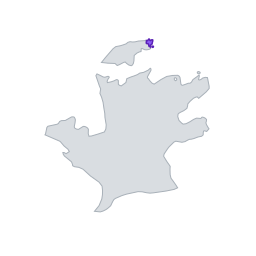 Sadarak District, Şərur, Azerbaijan shown in context, rotated 118°
{"feature_id": "54616110B79964383852369", "entity_name": "Sadarak District", "entity_type": "district", "adm_level": 2, "iso_a3": "AZE", "parent_name": "Azerbaijan", "parent_adm1": "Şərur", "projection": "albers", "projection_center": [44.899, 39.696], "detail": "fine", "context": "in_parent", "style": "filled", "palette": "violet", "viewbox_px": 256, "rotation_deg": 118, "n_neighbors": 0, "source": "geoboundaries", "source_scale": "gbopen_adm2", "svg_char_len": 4055}
<svg xmlns="http://www.w3.org/2000/svg" viewBox="0 0 256 256"><g transform="rotate(118 128 128)"><path d="M173.0,198.1L172.1,198.0L165.5,199.9L164.0,199.5L158.0,192.4L156.8,191.6L154.3,191.4L152.8,190.3L151.6,188.3L150.8,186.9L144.8,183.1L143.9,181.7L143.7,180.5L144.5,179.3L145.5,178.3L148.3,177.2L151.7,176.2L152.7,175.6L153.2,174.5L153.1,172.8L152.5,171.1L147.6,168.3L147.0,167.0L146.8,165.4L147.0,163.7L147.7,162.4L151.6,160.5L153.6,158.6L152.2,156.5L147.8,152.0L142.6,147.0L139.3,147.1L135.5,148.7L129.5,153.3L126.1,155.3L121.8,158.6L117.0,162.1L113.1,165.9L110.7,169.0L106.3,170.5L104.2,173.1L96.9,180.9L94.8,180.8L94.6,177.0L94.6,174.0L94.1,172.3L91.7,169.9L91.6,168.9L92.3,168.3L94.1,168.6L96.5,168.4L97.6,167.5L95.0,164.4L92.7,162.3L90.8,161.0L90.4,160.1L90.4,159.5L90.7,158.8L94.0,157.0L94.3,155.4L94.0,153.7L88.8,151.2L85.0,152.2L81.5,149.3L79.2,147.1L76.4,144.7L74.0,143.4L71.6,140.4L67.4,137.3L64.8,136.4L64.8,135.9L65.3,135.3L66.4,134.8L73.7,134.9L74.6,134.3L75.0,133.0L76.0,131.0L77.1,128.0L77.0,125.5L69.7,121.6L64.3,118.0L60.6,113.2L58.1,108.8L58.2,107.3L58.9,105.9L64.5,101.8L64.9,100.7L64.8,100.0L62.7,98.0L60.2,95.8L59.4,94.3L57.8,93.5L54.8,93.4L49.5,90.8L48.4,90.5L48.1,90.0L48.4,89.5L52.2,88.4L52.1,87.5L51.0,86.4L48.8,85.5L46.9,83.4L46.2,81.5L53.0,76.0L55.0,74.9L59.4,75.9L68.6,79.5L68.0,81.5L69.0,82.7L71.1,84.2L75.2,85.7L78.6,86.5L80.4,85.8L83.0,85.2L86.5,86.9L89.7,89.2L91.3,90.1L92.2,90.3L94.5,89.5L97.4,86.5L98.5,82.9L98.7,81.2L97.0,78.8L93.5,76.3L89.6,74.1L87.1,72.1L85.4,68.2L83.8,67.8L83.4,67.3L83.1,66.0L83.1,64.1L83.7,62.6L85.2,62.0L86.8,61.7L88.2,60.3L89.9,57.6L90.7,56.1L94.1,56.9L94.6,59.3L95.2,59.8L96.5,59.5L98.8,58.4L100.7,59.1L103.1,62.0L106.5,65.0L108.3,67.0L109.1,68.4L110.8,69.7L113.3,71.3L115.3,73.7L117.2,79.6L119.0,80.9L125.5,82.9L127.7,83.3L134.0,83.9L136.2,83.3L139.3,78.1L142.0,72.8L144.6,71.6L149.4,68.9L152.2,66.4L153.4,63.8L155.9,58.9L157.5,56.1L160.5,58.4L165.7,64.7L173.3,75.1L175.2,78.0L176.5,81.4L177.7,85.6L179.5,89.3L187.2,98.4L190.6,101.7L196.0,106.0L197.8,106.9L200.3,107.0L204.7,106.8L208.8,108.3L210.9,109.5L213.1,111.1L215.1,113.1L217.3,118.5L210.1,117.1L203.0,117.8L199.0,119.2L195.2,121.1L191.5,123.6L189.4,128.1L188.0,138.6L185.5,148.4L185.8,152.9L187.3,157.1L187.3,159.1L186.0,160.1L184.4,162.0L182.6,171.0L181.6,172.8L180.2,174.0L179.7,172.9L179.7,170.6L176.4,168.7L174.9,171.1L173.9,176.0L171.8,181.3L171.7,182.2L173.0,198.1ZM63.7,109.7L64.0,108.3L63.1,107.7L62.2,107.7L61.4,108.4L61.4,110.1L62.5,110.4L63.7,109.7ZM40.4,150.1L39.3,148.7L38.8,147.9L42.0,147.3L47.3,145.3L48.7,146.3L50.2,148.2L51.0,149.9L51.2,153.0L51.8,153.5L54.4,152.4L55.5,153.7L57.5,155.2L61.0,156.6L65.9,154.3L68.4,153.6L70.4,153.7L71.5,154.4L72.0,156.8L71.6,159.8L71.0,161.4L72.1,162.6L76.2,165.4L77.9,166.9L77.1,169.7L80.3,176.4L81.3,179.0L82.6,182.2L76.3,181.0L65.0,178.4L61.9,177.0L58.9,173.3L57.1,171.5L54.6,169.2L52.4,168.3L50.8,166.7L49.9,164.3L48.6,162.2L46.3,159.6L41.0,151.0L40.4,150.1ZM46.9,92.6L46.2,93.0L45.2,92.6L44.9,91.5L45.0,90.4L46.0,90.1L46.8,90.4L47.1,91.5L46.9,92.6Z" fill="#d9dde1" stroke="#a8b0b8" stroke-width="1"/><path d="M45.9,146.4L45.5,146.5L45.1,146.7L44.6,146.9L44.1,146.9L43.7,146.8L43.2,146.7L42.8,146.3L42.5,146.2L42.1,146.3L41.8,146.4L41.3,146.6L40.8,146.7L40.5,146.8L40.0,146.9L39.5,147.0L39.2,147.2L38.7,147.4L38.7,147.7L38.7,148.0L38.9,148.3L39.1,148.5L39.3,148.7L39.7,148.8L39.9,148.9L40.3,149.2L40.4,149.5L40.3,149.9L40.1,150.3L39.7,150.6L39.5,151.1L39.7,151.4L40.2,151.5L40.7,151.6L41.1,151.6L41.6,151.8L42.0,152.0L42.1,152.3L42.1,152.7L42.3,152.6L42.6,152.5L43.0,152.4L43.3,152.3L43.6,152.2L43.8,152.1L44.0,151.9L44.4,151.8L44.5,151.5L44.7,151.3L44.7,151.1L44.6,150.9L44.5,150.7L44.4,150.5L44.3,150.2L44.2,150.0L44.3,149.7L44.4,149.3L44.6,149.1L44.7,148.9L45.0,148.6L45.5,148.3L45.8,148.1L45.8,147.9L46.0,147.5L46.1,147.3L45.9,147.0L45.8,146.6L45.9,146.4ZM45.1,144.9L45.3,144.6L45.3,144.4L45.2,144.0L45.0,143.8L44.6,143.7L44.4,143.7L44.0,143.9L44.0,144.1L44.0,144.5L44.3,144.8L44.6,145.0L44.8,145.0L45.1,144.9Z" fill="#8b5cf6" stroke="#5b21b6" stroke-width="1.5"/></g></svg>